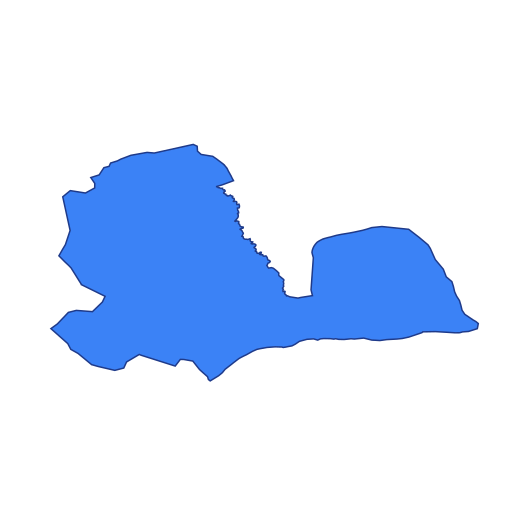 the district of Gulani, Yobe, Nigeria, rotated 263°
{"feature_id": "59680162B10585943230735", "entity_name": "Gulani", "entity_type": "district", "adm_level": 2, "iso_a3": "NGA", "parent_name": "Nigeria", "parent_adm1": "Yobe", "projection": "equal_earth", "projection_center": [11.802, 10.918], "detail": "fine", "context": "isolated", "style": "filled", "palette": "blue", "viewbox_px": 512, "rotation_deg": 263, "n_neighbors": 0, "source": "geoboundaries", "source_scale": "gbopen_adm2", "svg_char_len": 5135}
<svg xmlns="http://www.w3.org/2000/svg" viewBox="0 0 512 512"><g transform="rotate(263 256 256)"><path d="M374.4,207.3L370.6,167.6L372.1,160.5L371.2,144.1L368.6,133.5L367.3,130.1L366.0,123.0L362.9,121.1L362.2,115.8L355.6,110.2L354.0,101.6L347.7,104.8L343.2,104.2L339.3,94.4L343.5,79.7L343.2,79.1L338.3,71.4L304.0,74.6L290.5,68.2L286.0,64.7L280.2,60.4L273.7,65.4L269.5,68.9L266.7,71.0L254.5,76.7L253.6,77.1L249.2,79.2L248.9,79.1L234.4,101.3L229.0,97.9L220.7,86.9L223.9,71.0L222.9,62.9L212.8,50.6L208.9,43.6L192.0,58.5L185.9,60.8L181.0,67.5L175.3,72.9L168.1,79.7L168.1,79.9L165.6,85.8L159.7,101.9L160.9,111.1L166.6,114.6L172.5,128.1L171.5,129.9L156.6,162.4L162.6,168.3L162.1,171.7L159.4,180.5L150.2,186.1L146.5,189.3L142.1,193.2L139.2,193.7L137.6,195.3L140.2,201.0L141.7,204.3L144.3,208.4L147.3,211.5L151.6,218.7L153.4,221.6L153.7,222.2L154.5,223.5L156.3,226.6L157.2,228.8L158.4,232.1L159.1,234.3L161.8,240.9L163.2,245.5L163.5,248.6L163.7,252.5L163.9,255.7L163.5,264.1L162.9,267.9L162.5,270.6L161.9,271.8L162.0,274.6L162.2,276.9L162.3,278.9L162.4,280.7L163.7,284.2L166.0,288.7L167.1,296.4L166.7,303.1L166.0,304.7L165.0,307.0L165.9,309.9L165.8,313.3L165.2,317.6L164.9,319.7L164.0,323.2L164.2,324.8L163.2,327.9L162.4,333.2L162.3,338.0L162.3,340.2L161.6,343.4L161.4,352.9L158.4,360.8L157.9,363.8L157.0,368.6L157.1,375.6L156.4,385.8L156.3,391.1L156.9,397.8L159.7,411.4L160.4,412.3L159.1,424.8L157.1,435.8L155.5,444.3L155.0,448.9L155.5,451.8L155.2,457.7L156.9,466.8L159.3,467.6L161.9,468.4L164.2,466.2L166.3,463.4L172.7,456.1L177.1,453.9L182.3,453.3L187.0,452.5L191.7,450.2L196.2,448.8L201.9,448.2L206.7,447.3L212.1,442.3L220.1,440.3L230.6,433.5L242.3,429.9L246.1,428.1L254.6,420.2L263.9,410.8L269.9,384.6L270.1,374.3L269.2,369.6L268.5,364.9L267.7,356.0L267.4,351.5L267.1,343.6L266.7,338.3L265.7,331.7L265.7,330.9L265.6,330.7L265.6,330.2L265.0,326.0L264.9,325.9L264.9,325.7L264.9,325.4L264.8,325.2L264.8,324.9L264.7,324.9L264.3,323.2L263.3,320.6L263.2,320.5L263.2,320.4L263.1,320.1L263.0,319.9L262.9,319.7L262.1,318.2L260.4,316.3L258.6,314.7L256.9,313.6L254.9,312.6L252.9,312.0L251.3,312.1L247.3,312.7L215.7,306.5L209.8,307.2L209.4,295.2L209.1,292.6L211.4,284.5L212.7,282.3L212.7,281.4L213.5,281.2L214.0,280.8L214.4,280.2L215.1,280.1L215.6,279.8L216.4,280.0L216.7,280.5L217.3,280.5L217.6,279.9L217.5,278.5L218.3,278.5L219.2,278.7L219.7,279.1L220.3,278.7L220.9,278.4L221.5,279.0L222.7,279.9L223.6,279.6L225.5,280.2L227.2,279.9L228.1,280.6L229.2,280.7L233.8,276.3L235.0,276.3L236.3,276.6L238.8,274.6L241.7,271.8L242.6,269.9L242.5,268.3L242.5,267.0L243.2,266.5L244.4,266.1L245.2,265.6L246.3,266.4L247.4,266.9L247.7,268.2L248.4,269.0L248.6,269.4L249.7,269.1L250.2,268.2L250.7,267.3L251.4,267.1L252.8,267.0L254.0,266.5L254.8,266.0L254.9,265.1L254.8,263.9L255.3,263.0L256.5,262.8L256.5,261.8L256.8,260.6L257.1,259.9L257.6,260.2L257.5,261.1L257.8,261.3L258.4,261.5L259.0,261.7L259.2,261.3L259.2,260.6L258.8,260.1L258.3,259.5L258.4,258.9L258.6,257.6L259.0,257.2L260.0,257.2L260.5,256.9L260.7,256.0L261.3,256.0L261.7,256.5L262.2,256.9L263.2,256.7L263.5,256.3L264.1,255.6L264.5,255.1L265.1,255.4L265.4,256.0L265.7,256.6L266.2,256.9L266.9,257.3L267.5,256.9L268.0,256.3L268.2,255.7L268.4,254.8L268.4,253.7L268.9,252.8L269.6,253.3L270.0,254.3L270.3,254.5L270.5,254.1L270.9,252.8L271.5,252.2L272.0,252.1L272.7,252.1L273.2,252.4L273.9,252.2L273.6,251.1L273.4,249.7L273.8,248.8L273.9,247.6L274.3,246.5L275.2,245.7L275.7,245.7L276.8,245.5L277.3,244.4L279.7,246.0L280.2,246.2L281.6,245.5L282.7,245.2L283.8,244.3L284.3,243.5L284.9,243.8L284.8,244.5L285.2,245.3L285.1,246.3L285.6,246.8L286.3,246.8L286.6,245.7L287.1,244.5L287.7,243.8L288.5,243.7L289.5,243.5L290.2,242.6L290.9,242.7L291.9,243.2L292.4,243.0L292.7,242.3L293.1,241.4L293.2,240.8L292.8,239.9L293.2,239.3L293.6,239.6L294.5,240.8L295.4,241.7L296.4,242.7L297.8,243.3L299.8,243.3L300.2,242.8L300.9,243.4L301.0,244.1L302.7,244.0L303.4,243.4L305.8,243.4L305.8,244.5L305.9,245.2L306.9,245.6L308.3,245.7L309.5,245.4L309.4,244.6L309.3,243.4L310.0,243.1L310.8,243.3L311.5,243.5L312.3,243.3L312.7,242.4L312.9,241.4L312.7,241.0L312.8,240.5L313.1,240.2L313.7,240.8L314.2,241.1L314.8,241.4L315.8,241.2L315.9,240.8L316.3,240.2L316.7,239.6L317.1,239.6L317.5,240.0L318.0,240.2L318.4,239.6L319.0,238.4L319.6,238.0L319.3,237.2L319.0,236.0L319.1,234.8L319.7,234.7L320.0,234.0L320.6,233.5L321.0,233.6L321.4,232.7L321.9,232.3L322.3,231.6L322.8,231.6L323.3,232.2L323.7,232.3L324.1,233.3L324.7,233.2L325.5,232.8L325.5,231.8L326.8,230.9L327.3,231.0L327.4,230.2L327.5,229.0L328.2,228.0L328.5,226.7L329.3,226.3L329.7,224.8L330.7,231.0L333.5,242.8L333.7,242.7L333.8,242.7L334.0,242.6L334.3,242.6L334.5,242.5L334.6,242.4L337.0,241.5L338.6,241.0L338.7,240.9L339.0,240.8L341.5,239.8L343.9,238.8L345.5,238.3L345.7,238.2L345.8,238.2L346.0,238.1L346.3,238.0L346.4,237.9L346.5,237.9L346.8,237.8L346.8,237.7L347.0,237.6L348.4,236.8L349.7,235.9L349.8,235.9L350.0,235.8L350.0,235.7L350.3,235.6L350.4,235.4L350.5,235.4L350.7,235.2L350.8,235.1L351.0,234.9L351.2,234.7L351.3,234.7L356.7,229.1L356.8,229.0L357.1,228.7L360.2,225.2L363.5,213.9L367.2,210.7L372.1,211.0L374.4,207.3Z" fill="#3b82f6" stroke="#1e3a8a" stroke-width="1.5"/></g></svg>